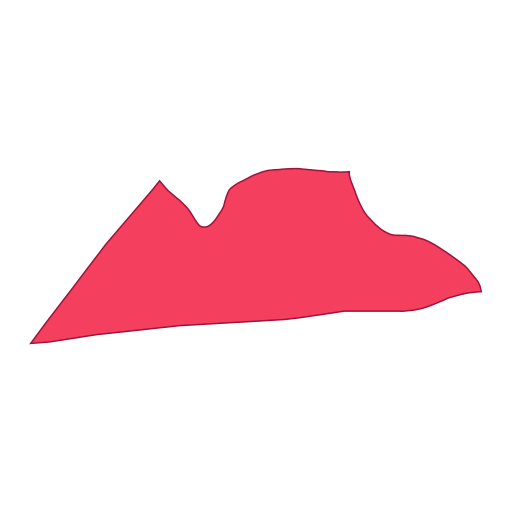 Al Abr, Hadramawt, Yemen (Robinson projection)
{"feature_id": "15242507B3031648883440", "entity_name": "Al Abr", "entity_type": "district", "adm_level": 2, "iso_a3": "YEM", "parent_name": "Yemen", "parent_adm1": "Hadramawt", "projection": "robinson", "projection_center": [47.548, 15.923], "detail": "fine", "context": "isolated", "style": "filled", "palette": "rose", "viewbox_px": 512, "rotation_deg": 0, "n_neighbors": 0, "source": "geoboundaries", "source_scale": "gbopen_adm2", "svg_char_len": 4959}
<svg xmlns="http://www.w3.org/2000/svg" viewBox="0 0 512 512"><path d="M152.3,190.0L105.8,244.3L104.6,245.9L102.5,248.7L86.6,269.5L70.6,290.7L65.1,297.8L45.3,323.6L30.7,343.4L46.5,342.2L50.4,341.8L84.4,336.5L97.5,334.5L149.4,328.9L178.7,325.7L284.3,319.5L297.5,318.0L304.7,317.0L344.4,311.1L353.8,311.1L363.2,311.1L380.0,311.1L397.8,311.1L398.7,311.1L399.7,311.1L400.6,311.2L401.8,311.3L409.9,310.5L411.6,310.4L412.0,310.4L412.7,310.3L413.2,310.2L415.5,309.8L417.2,309.4L419.3,309.0L421.1,308.6L421.7,308.5L423.4,308.0L425.0,307.5L425.4,307.4L426.5,307.0L427.9,306.5L428.5,306.3L428.8,306.2L430.5,305.5L431.6,305.1L432.1,304.9L434.0,304.2L435.9,303.4L438.0,302.5L438.7,302.2L439.5,301.8L441.1,301.2L442.8,300.6L443.6,300.2L444.4,299.8L445.0,299.5L445.9,299.1L447.4,298.4L448.9,297.8L449.5,297.6L463.4,293.8L463.4,294.0L465.0,293.5L466.3,293.3L467.4,293.1L469.1,292.8L471.1,292.6L473.3,292.3L473.9,292.3L475.6,292.1L476.1,292.0L477.7,291.9L478.8,291.8L479.6,291.8L481.3,291.7L481.2,291.3L481.1,290.9L480.7,289.1L480.5,288.1L480.4,287.4L479.8,285.6L479.0,283.8L478.6,282.9L478.3,282.3L477.3,280.8L476.6,279.9L476.1,279.2L475.6,278.5L475.0,277.8L474.4,277.2L473.9,276.6L473.2,275.7L472.5,274.9L471.4,273.4L470.5,272.3L469.9,271.6L468.5,269.8L468.4,269.7L467.1,268.2L465.9,267.0L464.8,265.8L464.6,265.7L464.4,265.5L463.2,264.6L461.6,263.4L460.1,262.2L458.6,261.0L457.1,259.9L455.1,258.5L454.8,258.2L453.4,257.3L452.6,256.7L451.9,256.2L451.3,255.7L450.4,255.1L449.5,254.5L448.7,253.9L446.7,252.6L444.8,251.3L442.8,250.0L442.5,249.8L441.0,248.8L440.1,248.2L439.4,247.7L438.3,247.0L437.6,246.6L435.7,245.5L434.2,244.5L433.8,244.3L432.2,243.4L430.4,242.5L429.7,242.1L428.4,241.4L426.6,240.6L425.9,240.3L425.0,239.9L423.3,239.3L423.1,239.2L421.8,238.8L420.7,238.5L420.2,238.4L418.9,238.0L418.7,237.9L417.0,237.5L415.1,236.9L414.6,236.8L413.4,236.4L412.3,236.2L411.6,236.1L410.6,235.9L409.9,235.8L408.0,235.7L407.3,235.6L406.3,235.4L404.6,235.4L402.8,235.4L401.0,235.4L400.0,235.3L399.4,235.3L398.4,235.3L397.3,235.3L396.3,235.3L395.5,235.2L394.8,235.2L393.8,235.1L392.1,234.8L390.6,234.4L390.4,234.3L389.9,234.1L388.8,233.7L387.3,232.9L386.8,232.7L385.5,232.0L384.1,231.2L383.3,230.8L382.4,230.2L380.9,229.2L380.2,228.6L379.5,228.1L378.2,227.0L377.9,226.7L376.9,225.8L375.4,224.6L374.0,223.1L372.8,221.9L371.3,220.3L369.9,218.8L368.5,217.4L368.0,216.9L367.2,216.1L366.8,215.4L366.2,214.7L365.1,213.1L364.2,211.8L364.1,211.6L363.0,210.0L362.2,208.3L361.2,206.4L360.3,204.7L360.1,204.2L359.5,202.8L358.9,201.5L358.7,201.1L358.2,200.1L357.9,199.3L357.8,199.0L357.2,197.7L357.1,197.2L356.6,196.0L355.8,193.9L355.4,192.7L355.2,192.0L354.5,190.1L353.8,188.4L353.7,188.3L353.0,186.4L352.4,184.7L351.9,183.4L351.7,183.1L351.0,181.1L350.8,180.6L350.4,179.4L350.0,178.0L349.9,177.3L349.6,176.2L349.4,175.2L349.3,173.5L349.3,173.3L349.3,171.7L348.7,171.7L346.9,171.9L345.0,172.0L344.8,172.0L343.0,172.0L342.2,172.1L341.3,172.2L340.3,172.1L339.1,172.0L338.0,172.0L337.1,171.9L335.1,171.9L334.4,171.8L333.0,171.8L332.3,171.8L331.1,171.8L329.0,171.8L328.2,171.7L327.1,171.6L325.8,171.3L325.2,171.2L324.3,171.1L323.2,170.9L321.5,170.7L319.6,170.6L317.9,170.5L317.2,170.5L316.2,170.4L315.3,170.3L314.4,170.2L312.5,170.0L310.6,169.8L308.9,169.7L306.6,169.4L304.9,169.3L303.0,169.1L301.0,168.9L300.3,168.8L298.9,168.6L296.8,168.6L294.6,168.6L292.5,168.7L291.9,168.7L290.6,168.7L289.0,168.8L286.2,168.9L283.7,169.1L282.2,169.2L281.6,169.2L279.9,169.5L277.9,169.6L277.1,169.7L276.1,169.7L274.3,169.8L273.7,169.8L272.0,170.1L271.8,170.1L270.1,170.2L267.9,170.5L266.9,170.7L265.9,171.0L263.6,171.5L262.0,172.1L260.5,172.5L258.6,173.3L258.3,173.5L256.7,174.0L255.9,174.3L255.2,174.6L253.5,175.3L252.9,175.6L251.9,176.0L249.9,177.0L249.2,177.4L248.1,178.0L246.3,179.0L245.4,179.4L244.7,179.8L244.3,180.0L242.3,181.0L241.2,181.5L240.6,181.8L239.1,182.6L238.3,183.0L237.6,183.4L236.2,184.3L234.5,185.5L233.9,185.9L233.0,186.6L232.5,186.9L231.6,187.6L231.1,188.0L230.4,188.7L229.8,189.4L229.2,190.1L228.3,191.8L227.7,193.0L227.6,193.4L226.8,195.4L226.3,196.7L226.1,197.4L225.6,199.1L225.0,201.0L224.5,202.8L224.1,204.6L223.6,206.5L222.6,208.4L222.1,209.4L221.8,210.1L220.7,211.7L219.7,213.1L218.5,215.0L217.3,216.8L216.2,218.5L215.2,219.9L214.0,221.3L212.5,222.9L211.0,224.3L209.7,225.3L208.5,226.0L208.2,226.2L206.6,226.8L204.8,227.1L203.1,227.0L201.5,226.7L200.4,226.2L199.9,225.9L198.5,224.6L198.1,224.0L197.9,223.8L197.0,222.5L196.5,221.8L195.9,220.9L195.2,219.9L194.9,219.5L194.1,218.3L193.8,217.8L192.9,216.2L191.7,214.3L191.2,213.5L190.4,212.2L190.0,211.6L189.4,210.8L188.9,210.1L188.4,209.4L186.9,207.6L185.5,206.2L184.0,204.6L182.5,203.1L181.0,201.7L180.2,200.9L179.7,200.4L178.1,199.2L176.9,198.2L176.7,198.0L175.3,196.9L175.2,196.7L173.9,195.6L172.5,194.5L172.1,194.1L171.0,193.2L169.6,192.0L169.0,191.5L168.0,190.6L167.0,189.5L166.6,189.0L165.5,187.8L164.7,186.9L164.3,186.4L163.7,185.7L162.9,184.8L159.6,180.8L152.3,190.0Z" fill="#f43f5e" stroke="#9f1239" stroke-width="1.5"/></svg>